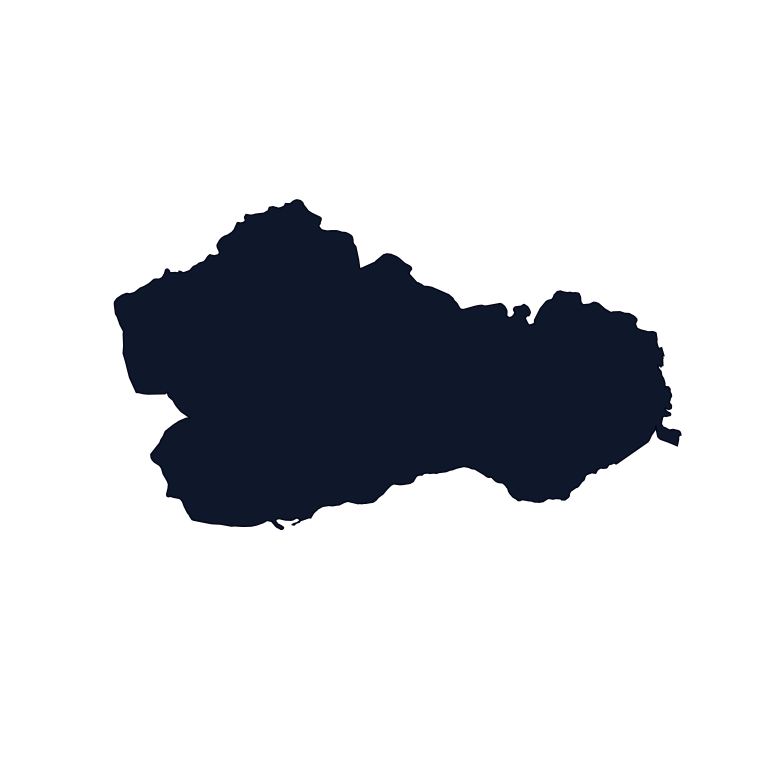 outline of Comandau, Covasna, Romania, rotated 138°
{"feature_id": "2599482B75444527653757", "entity_name": "Comandau", "entity_type": "district", "adm_level": 2, "iso_a3": "ROU", "parent_name": "Romania", "parent_adm1": "Covasna", "projection": "albers", "projection_center": [26.312, 45.738], "detail": "fine", "context": "isolated", "style": "filled", "palette": "ink", "viewbox_px": 768, "rotation_deg": 138, "n_neighbors": 0, "source": "geoboundaries", "source_scale": "gbopen_adm2", "svg_char_len": 6159}
<svg xmlns="http://www.w3.org/2000/svg" viewBox="0 0 768 768"><g transform="rotate(138 384 384)"><path d="M619.8,444.7L618.0,443.6L617.3,442.7L616.1,440.6L612.9,436.5L612.1,434.8L612.4,431.2L614.1,427.1L616.2,419.5L616.1,417.6L616.7,415.7L617.3,411.8L616.6,410.3L605.7,395.8L599.2,389.3L592.3,380.4L589.9,378.6L584.1,372.7L577.6,367.2L572.9,364.5L566.3,361.8L562.1,360.9L559.4,357.2L559.6,351.0L559.4,349.2L558.2,346.5L558.1,345.3L556.7,344.1L555.4,344.1L554.7,344.7L555.1,346.8L556.7,351.3L556.4,354.1L555.7,355.3L554.5,355.5L553.6,355.2L551.9,354.2L548.3,349.0L544.1,344.9L542.5,344.0L538.6,343.1L537.4,341.0L537.5,339.2L538.2,338.7L541.3,339.0L545.0,340.7L546.1,340.7L545.2,339.4L542.3,339.4L539.6,338.1L537.6,338.4L529.2,334.9L528.1,333.6L522.7,335.3L516.6,335.4L511.4,334.2L506.2,330.7L503.6,327.9L499.6,325.4L498.4,324.3L492.8,322.7L489.4,321.2L483.3,312.4L482.0,311.6L480.4,309.8L478.6,308.8L477.7,307.8L471.0,303.5L467.7,303.1L464.0,303.6L458.2,303.0L452.5,303.9L446.8,304.2L443.7,303.5L439.5,298.6L436.8,296.5L431.2,292.9L427.5,292.0L422.7,293.6L420.6,293.7L418.6,292.7L416.6,290.9L414.2,291.0L410.9,288.6L409.9,287.1L406.6,284.7L404.8,282.6L402.2,281.4L396.4,277.3L392.0,275.7L391.0,274.8L386.2,272.9L379.7,269.3L376.2,264.7L376.0,263.5L375.4,263.5L375.4,262.5L375.0,261.9L373.3,260.0L369.9,248.8L369.9,247.8L369.2,245.5L368.2,244.2L367.4,244.1L366.3,242.3L366.1,237.7L365.5,235.6L364.5,233.9L362.2,231.4L361.7,230.3L361.7,228.3L361.4,227.6L361.8,225.7L361.8,223.4L362.9,221.5L363.6,219.1L363.8,213.8L362.6,210.2L362.3,207.7L361.0,206.4L359.2,205.9L358.1,205.1L354.3,200.2L352.7,198.6L351.2,195.9L350.1,194.6L349.2,194.1L348.0,192.5L344.4,190.2L339.2,189.4L337.5,188.2L335.3,185.3L333.1,184.2L329.4,180.5L329.5,179.1L327.0,176.8L322.7,176.5L321.4,176.9L319.4,178.6L317.2,179.5L310.0,178.6L309.8,178.1L308.0,177.9L302.6,179.0L299.7,178.9L297.8,179.8L296.8,180.7L294.0,181.2L288.9,179.1L286.4,176.1L283.1,177.3L280.7,177.1L278.7,176.5L277.9,175.2L275.0,172.9L273.8,172.8L271.0,173.7L267.8,172.0L266.0,171.8L265.1,169.6L264.7,169.2L226.7,164.5L224.8,164.8L219.7,167.0L213.6,168.5L210.7,170.2L215.4,162.1L215.8,160.8L215.7,159.9L215.4,157.9L210.7,149.1L207.4,141.9L202.5,145.5L200.5,147.7L199.0,148.2L197.5,147.5L196.5,149.2L196.1,150.6L196.4,152.1L199.6,156.7L202.8,158.8L204.3,163.1L205.4,165.1L204.9,168.4L204.3,169.2L199.1,173.0L197.2,172.8L196.0,171.2L192.3,169.2L191.5,169.5L191.0,170.2L190.9,171.2L192.1,173.8L192.1,177.5L190.8,177.6L189.7,175.1L189.1,174.5L187.4,173.8L186.6,173.9L184.9,175.6L184.6,176.7L184.6,179.1L184.0,179.7L180.2,182.1L178.8,182.4L177.9,183.4L177.1,185.1L177.0,186.4L174.8,189.0L174.7,190.5L174.7,191.6L175.5,192.6L177.0,193.5L175.9,195.6L175.3,196.0L174.3,197.5L172.7,201.0L172.1,204.3L169.7,208.2L169.7,210.8L169.3,212.7L168.1,214.5L166.8,212.7L166.7,211.5L165.5,211.8L164.4,211.2L159.7,217.0L159.4,216.7L158.4,218.6L157.1,217.8L153.5,225.2L156.4,226.5L154.6,230.5L152.6,233.8L151.7,234.0L147.9,239.7L147.8,240.4L149.2,242.9L153.3,246.3L153.8,247.5L156.9,252.0L158.3,254.9L158.6,256.6L157.3,260.0L156.1,261.1L153.6,262.1L152.8,263.1L152.7,265.5L153.1,267.7L154.8,272.3L157.9,275.4L160.3,279.7L165.7,284.3L167.0,284.7L167.8,285.7L169.7,291.5L170.8,300.2L172.2,302.9L173.6,304.4L177.9,305.7L182.9,309.4L183.2,310.0L183.1,312.5L182.1,314.4L179.9,317.1L178.7,320.4L178.9,321.5L181.2,324.2L182.7,325.1L184.4,327.6L186.5,328.9L189.4,332.6L190.6,334.9L193.4,336.6L197.9,336.2L200.1,335.0L202.8,334.4L206.3,336.3L208.5,336.7L217.2,335.4L229.1,330.8L231.8,328.2L236.5,330.3L236.9,331.5L236.6,333.3L235.5,337.4L234.7,338.6L232.5,339.2L230.5,337.9L227.8,339.0L226.8,340.5L225.9,343.3L225.7,345.5L226.6,349.2L227.7,349.7L229.9,349.9L235.0,353.4L236.4,353.4L237.7,352.8L238.4,351.6L238.7,350.0L239.1,349.3L241.2,348.5L243.5,348.2L246.1,349.0L246.9,349.9L247.2,352.8L244.4,355.4L243.3,357.2L242.5,361.1L243.0,364.6L244.0,366.1L255.3,373.1L257.3,374.7L258.6,376.9L261.0,378.7L264.4,380.7L275.1,386.0L277.1,388.3L277.1,389.7L275.9,395.4L276.2,398.8L275.5,401.6L276.2,407.0L283.9,423.8L286.3,427.1L288.7,429.4L289.3,430.8L289.6,432.8L290.7,435.3L290.7,436.0L291.8,437.2L291.8,448.2L291.4,449.3L289.9,450.3L286.6,451.0L285.8,452.6L286.1,454.7L287.9,459.6L288.9,467.7L289.7,470.5L292.2,475.7L293.7,477.4L294.8,478.7L297.9,480.2L308.0,480.6L308.4,480.2L324.4,485.3L324.6,486.5L319.8,493.5L313.1,505.0L313.0,508.0L312.5,509.8L310.4,512.4L309.2,514.6L309.2,516.7L310.0,519.4L311.1,521.8L312.5,523.6L313.0,523.6L316.4,529.2L320.4,532.9L323.9,535.6L326.9,539.6L327.4,541.7L327.0,544.5L326.2,545.8L324.4,545.9L322.6,547.4L321.3,547.9L319.9,549.2L320.0,550.7L323.4,558.9L324.6,563.3L324.0,570.8L323.1,573.3L323.4,575.7L323.8,576.7L325.3,578.8L326.3,579.6L329.4,580.6L333.1,580.6L336.5,583.9L338.5,583.0L339.7,583.0L342.4,583.8L344.8,585.1L347.9,590.0L351.0,591.9L354.2,590.2L359.0,591.2L365.9,596.1L368.5,597.3L370.4,598.8L373.1,602.2L375.5,601.5L376.4,600.7L376.9,599.2L378.0,598.0L379.3,597.9L380.7,598.2L383.2,599.7L384.0,601.1L385.1,601.9L392.2,598.8L395.5,598.4L400.3,599.1L403.8,600.5L407.1,601.0L410.3,600.6L415.1,598.9L416.3,597.1L417.9,592.0L419.7,591.0L421.0,591.0L424.5,592.8L427.1,596.6L430.0,596.5L434.0,595.4L436.4,595.4L440.7,597.5L443.2,597.5L447.1,598.8L452.5,598.2L458.7,600.7L460.4,604.5L460.9,604.8L462.0,604.2L462.8,604.3L464.7,606.6L468.3,609.4L468.7,610.2L467.9,611.5L467.8,613.2L468.0,614.2L468.9,614.8L469.9,614.9L473.3,612.8L476.5,611.7L478.3,611.5L481.1,612.3L483.8,614.9L485.1,615.6L491.4,615.7L497.2,616.9L501.0,618.3L508.1,618.8L512.7,621.0L514.3,623.1L515.5,623.9L519.5,625.3L525.4,626.1L529.0,625.3L530.3,624.4L531.6,622.7L536.5,615.7L537.1,612.5L540.4,604.6L542.2,597.5L544.6,595.2L551.8,586.5L557.3,581.2L560.9,573.7L568.7,559.0L573.6,543.5L571.8,541.6L569.3,538.0L566.1,534.5L553.3,523.4L550.3,522.8L551.8,520.3L552.3,518.3L551.6,512.9L552.5,509.5L553.0,506.4L553.2,500.9L553.1,499.0L550.8,489.1L551.3,488.8L554.1,490.9L561.2,493.3L568.1,494.4L578.3,495.0L583.5,492.6L587.1,491.7L589.9,490.2L604.3,487.7L606.3,485.0L606.9,482.6L606.9,479.8L605.2,473.7L605.6,470.2L608.2,464.9L609.9,456.8L611.2,453.6L614.3,450.8L619.3,447.4L620.2,446.0L619.8,444.7Z" fill="#0f172a" stroke="#020617" stroke-width="1.5"/></g></svg>